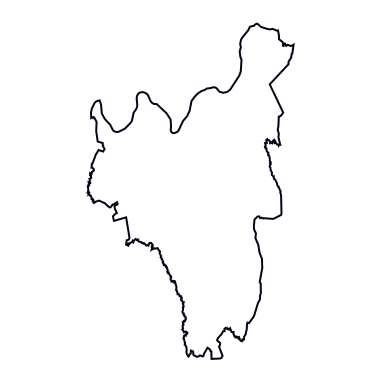 Nīkrāces pag., Skrundas, Latvia (Equal Earth projection), rotated 269°
{"feature_id": "27541924B53930703162025", "entity_name": "Nīkrāces pag.", "entity_type": "district", "adm_level": 2, "iso_a3": "LVA", "parent_name": "Latvia", "parent_adm1": "Skrundas", "projection": "equal_earth", "projection_center": [21.891, 56.568], "detail": "fine", "context": "isolated", "style": "outline", "palette": "ink", "viewbox_px": 384, "rotation_deg": 269, "n_neighbors": 0, "source": "geoboundaries", "source_scale": "gbopen_adm2", "svg_char_len": 5955}
<svg xmlns="http://www.w3.org/2000/svg" viewBox="0 0 384 384"><g transform="rotate(269 192 192)"><path d="M29.9,184.1L27.5,185.5L28.0,186.2L29.4,186.5L30.5,187.9L33.4,188.1L32.6,190.3L29.0,190.6L27.1,194.1L27.4,195.6L28.5,197.0L27.4,199.8L27.8,200.5L29.9,201.1L36.0,204.8L34.1,207.3L32.4,207.7L32.2,208.6L24.8,208.6L25.0,217.0L25.5,218.5L27.7,219.7L36.9,216.3L38.1,217.2L40.2,217.4L41.3,216.9L42.3,215.3L43.5,214.5L45.5,215.4L49.2,218.9L52.3,220.8L52.3,222.1L55.6,222.1L54.7,222.5L55.5,223.2L55.1,223.9L55.4,224.5L54.5,224.6L54.2,225.2L54.5,226.1L53.8,226.8L55.1,227.7L51.4,229.1L51.0,230.1L51.2,231.1L49.2,231.0L48.6,231.5L47.4,231.6L47.2,232.4L45.8,232.8L45.8,233.8L46.6,234.3L46.2,235.2L45.5,235.4L46.0,236.4L45.0,236.4L44.8,236.9L44.1,236.5L42.0,238.7L42.4,239.5L43.4,239.7L43.3,240.0L43.8,240.5L43.2,240.5L43.7,240.9L43.7,241.5L46.4,241.6L49.0,243.3L51.1,243.5L53.2,244.3L59.8,244.8L60.5,245.4L59.9,246.7L66.5,251.7L80.0,256.1L83.7,258.2L87.2,258.2L89.6,259.1L99.4,259.1L100.7,258.1L114.7,260.9L123.9,260.8L130.0,258.5L137.8,257.4L144.8,254.6L149.7,255.2L152.9,253.6L156.0,253.2L163.4,254.0L166.3,257.1L166.4,258.9L164.7,259.6L164.6,260.7L165.1,261.3L164.3,262.9L164.6,263.1L163.7,272.3L164.0,273.5L167.5,280.7L168.5,281.1L187.8,281.0L189.4,280.3L191.4,280.6L191.8,280.1L195.3,278.9L195.3,278.5L196.1,278.4L197.2,277.4L199.2,277.1L202.4,275.7L203.1,275.2L203.3,274.6L204.4,274.0L206.2,274.1L206.1,273.6L207.8,272.1L210.0,272.3L212.5,271.0L214.7,270.9L216.3,270.1L218.6,271.2L219.3,271.1L219.3,270.7L220.0,271.1L220.0,270.6L221.1,270.4L225.0,270.3L228.3,269.1L228.2,268.7L230.0,269.0L230.6,268.1L231.8,267.4L234.6,267.1L234.4,266.3L235.9,265.6L237.2,266.6L239.7,265.9L239.8,267.7L242.7,267.1L243.6,268.2L242.7,268.8L242.3,270.1L240.6,271.0L239.4,271.0L239.8,272.3L239.2,273.2L239.7,273.6L241.0,273.1L242.8,275.1L241.5,276.2L240.2,275.4L239.4,275.7L239.8,276.7L238.1,277.8L237.9,279.2L236.8,279.5L238.1,280.5L237.9,281.0L245.1,279.4L248.5,279.8L253.2,278.8L255.9,279.5L265.9,280.1L266.5,282.1L269.7,284.6L298.3,271.6L318.2,290.8L320.3,290.7L324.7,293.5L328.7,294.2L329.0,294.8L337.5,296.1L336.2,293.6L337.5,290.0L336.4,288.8L338.8,287.4L338.3,286.8L336.4,286.1L336.7,285.5L338.7,285.8L340.5,285.0L343.3,281.6L346.8,281.7L352.1,280.8L351.8,279.7L353.7,275.4L353.2,272.8L353.8,269.8L355.9,263.8L358.6,261.0L359.2,259.6L358.2,257.9L356.9,256.5L356.7,254.3L355.9,252.6L352.7,251.0L345.2,244.7L343.1,243.6L339.2,242.7L335.9,243.4L331.6,242.1L325.8,242.8L323.5,243.8L311.8,242.9L307.4,241.2L293.6,231.9L291.5,229.0L290.7,225.3L290.9,224.0L291.8,221.2L295.5,218.2L296.3,216.5L296.2,214.3L295.6,212.6L295.2,208.7L293.8,206.4L292.7,203.2L290.4,199.5L287.2,196.3L282.9,193.1L273.1,191.0L267.7,188.3L263.2,184.3L254.0,179.8L252.5,178.5L251.8,177.0L251.1,175.0L251.2,173.8L252.5,172.3L254.3,171.8L258.3,172.2L264.9,171.8L271.2,167.9L280.5,158.3L280.7,155.5L281.7,153.8L283.4,152.2L289.6,149.7L291.2,148.2L292.5,145.6L292.7,144.3L292.4,141.7L291.2,139.9L288.7,138.6L286.5,138.3L279.8,138.8L277.9,138.5L275.4,137.4L272.5,135.1L264.0,133.1L262.1,131.7L256.5,126.0L253.7,120.2L253.2,118.0L253.7,116.2L254.5,114.6L256.0,113.6L260.5,111.5L266.5,106.1L272.1,103.2L280.8,102.6L285.2,101.3L284.4,98.0L282.5,96.0L276.8,93.2L273.0,92.4L268.0,92.5L268.7,93.3L267.7,94.3L268.6,95.0L268.1,95.6L263.8,97.8L254.4,97.3L244.1,98.6L242.5,103.6L240.8,103.6L239.9,104.1L239.3,103.7L236.5,105.4L234.0,103.8L235.6,99.4L231.1,96.5L222.1,93.0L222.0,92.3L218.0,92.0L218.0,92.8L216.6,94.2L215.2,94.3L213.9,92.5L211.0,91.6L211.3,91.0L212.5,90.9L212.7,90.5L210.5,90.4L209.5,91.3L207.8,91.5L207.0,89.7L205.4,90.2L204.2,89.6L203.9,88.8L203.3,89.3L203.3,90.3L202.8,90.5L202.3,90.2L202.1,89.0L200.2,89.2L199.8,88.8L200.1,88.1L199.4,87.9L196.1,88.4L194.2,88.0L193.4,89.3L192.3,89.1L192.3,88.4L191.9,88.9L191.0,88.5L191.2,89.2L190.1,90.0L190.3,90.4L189.7,91.0L188.1,91.5L186.8,91.3L186.0,92.2L187.2,93.0L185.8,92.7L185.4,92.1L185.6,93.0L184.6,92.8L184.8,93.4L184.5,93.6L182.8,93.6L182.7,93.9L184.0,95.5L185.0,99.0L182.2,104.8L178.8,108.2L178.0,109.7L178.1,110.3L180.8,112.4L180.9,113.3L183.2,116.8L181.4,117.5L180.4,116.6L179.9,114.5L179.2,114.3L176.5,114.6L172.3,116.5L171.5,115.0L169.0,112.5L164.5,113.5L167.8,125.7L147.2,128.7L145.5,128.0L144.8,125.8L140.5,125.2L139.7,126.9L141.3,126.6L141.7,127.7L140.4,127.8L142.4,129.7L142.7,131.1L144.1,131.7L142.9,132.5L144.8,133.4L146.0,134.9L145.4,135.5L145.5,136.1L145.0,136.2L145.2,137.2L144.5,136.9L143.4,137.9L142.9,140.2L141.9,140.9L142.0,141.7L141.4,142.3L141.6,142.8L141.1,142.8L140.8,144.3L139.4,145.0L139.2,145.9L140.0,147.2L139.4,147.6L141.8,148.7L141.7,150.4L139.4,151.9L137.9,151.6L138.2,150.9L136.7,150.8L136.2,151.3L135.1,150.8L136.1,152.7L136.7,152.4L136.1,152.9L136.4,153.3L136.0,154.6L136.5,156.6L133.6,158.3L133.3,158.9L131.1,158.6L128.4,160.1L127.2,159.5L125.7,160.9L125.0,160.6L123.3,161.9L122.0,162.0L121.7,161.6L121.0,162.3L119.6,162.4L119.1,163.0L119.7,163.6L118.8,164.6L117.4,164.8L117.3,165.5L116.0,165.5L114.7,166.4L113.2,166.1L112.5,166.5L112.3,166.0L111.5,166.5L111.7,167.2L110.8,167.1L110.6,167.7L108.1,169.0L108.4,169.2L108.2,169.6L107.1,169.7L107.1,169.3L105.7,169.0L102.7,170.0L102.6,170.5L103.3,171.3L102.1,172.3L103.3,172.8L103.1,173.3L97.3,174.8L94.2,174.4L94.0,175.0L92.4,175.2L92.1,175.7L90.0,175.8L90.1,177.0L87.9,177.9L87.7,178.3L88.4,178.5L88.2,179.0L86.3,180.1L85.4,179.8L85.2,179.2L84.2,179.2L82.7,180.8L80.9,180.9L81.2,181.5L79.9,181.0L78.0,181.7L77.2,181.5L77.1,180.9L74.3,181.0L72.3,180.3L70.8,180.9L70.7,181.6L69.4,181.5L69.2,182.2L67.8,182.3L67.0,183.5L66.2,183.3L65.2,183.8L63.3,182.8L63.7,182.2L63.4,181.8L62.8,182.0L61.8,181.5L62.1,180.6L59.8,180.6L59.3,181.2L57.9,180.2L55.7,180.7L54.6,179.8L53.2,181.1L51.9,181.5L52.3,182.2L51.8,183.0L52.5,182.8L52.4,183.9L51.2,185.0L49.8,184.3L49.0,183.0L48.6,183.0L49.0,182.4L48.6,181.7L46.0,181.0L46.0,181.3L41.8,182.1L41.4,182.5L39.6,182.1L39.5,182.6L37.8,183.1L37.5,183.6L34.0,184.0L32.2,183.6L29.9,184.1Z" fill="none" stroke="#020617" stroke-width="2"/></g></svg>